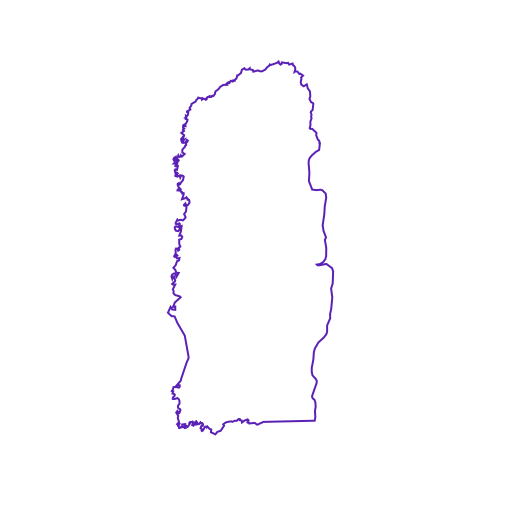 Cémaco, Emberá, Panama, rotated 27°
{"feature_id": "35544464B97787935745550", "entity_name": "Cémaco", "entity_type": "district", "adm_level": 2, "iso_a3": "PAN", "parent_name": "Panama", "parent_adm1": "Emberá", "projection": "equal_earth", "projection_center": [-77.717, 8.422], "detail": "fine", "context": "isolated", "style": "outline", "palette": "violet", "viewbox_px": 512, "rotation_deg": 27, "n_neighbors": 0, "source": "geoboundaries", "source_scale": "gbopen_adm2", "svg_char_len": 6113}
<svg xmlns="http://www.w3.org/2000/svg" viewBox="0 0 512 512"><g transform="rotate(27 256 256)"><path d="M212.8,73.4L212.0,74.2L209.3,72.9L207.3,73.5L206.8,74.4L206.1,71.5L205.2,70.2L203.7,69.3L202.6,69.3L201.2,67.9L198.7,70.4L196.8,69.3L196.0,70.2L191.1,71.8L191.6,73.4L190.9,74.4L189.2,73.8L187.8,72.5L187.2,74.1L184.7,76.8L182.2,79.3L181.4,79.1L181.4,80.4L180.2,82.9L179.7,85.6L177.5,88.8L175.3,89.7L173.6,89.7L169.9,93.0L168.7,91.7L165.5,92.5L165.1,91.7L164.4,93.5L162.0,94.7L160.4,94.0L158.9,96.4L159.5,99.9L157.9,103.4L157.3,103.6L158.0,106.8L157.0,108.8L157.5,109.5L156.3,110.7L156.0,110.4L156.3,110.0L155.7,110.1L155.5,111.3L154.0,111.3L153.6,112.9L153.9,113.8L153.0,114.7L152.3,114.1L151.5,116.0L152.4,116.7L149.2,118.4L147.3,121.5L146.9,124.2L145.2,127.7L145.4,129.4L145.9,129.9L145.4,132.8L144.4,133.0L144.1,134.5L143.5,134.8L143.4,134.3L142.3,135.4L142.0,134.8L140.5,136.6L140.8,139.0L140.4,139.5L139.8,138.9L139.5,139.5L137.7,139.6L136.9,141.1L136.2,139.9L135.6,140.5L132.6,141.1L132.6,142.7L132.0,144.1L132.1,145.8L129.5,149.8L130.1,151.6L129.6,154.2L131.0,155.3L128.9,158.5L129.3,159.1L130.4,158.7L131.2,161.0L130.9,163.1L129.9,162.9L130.6,164.1L130.3,164.8L131.0,164.6L131.2,165.8L132.9,165.5L133.5,166.6L133.4,171.4L134.2,172.3L132.7,172.9L132.4,171.6L131.8,172.6L132.4,174.3L134.2,175.1L133.4,176.0L133.7,176.9L135.1,177.3L133.6,180.2L137.1,181.0L137.7,184.4L137.1,185.3L136.5,184.4L136.2,185.9L137.5,187.4L139.2,185.1L139.0,186.7L138.0,187.5L138.6,188.5L140.0,188.2L141.8,186.8L141.7,184.0L142.8,184.1L142.9,185.3L142.4,187.4L143.4,188.8L142.8,189.8L143.1,190.8L142.1,194.7L143.3,197.2L146.1,197.5L144.8,201.0L143.3,200.4L143.6,201.8L143.1,202.4L141.9,202.4L141.1,201.7L141.5,205.1L143.7,205.8L143.5,207.2L140.5,206.7L139.4,204.2L138.5,205.7L138.5,207.3L141.4,209.3L140.9,210.8L142.0,210.2L142.7,208.4L143.7,209.0L144.0,209.7L143.1,211.5L143.3,212.5L143.9,212.5L144.5,211.2L145.5,211.2L146.5,215.1L144.8,215.4L144.6,216.5L146.7,218.8L147.4,217.6L148.7,217.9L147.5,220.6L147.8,221.3L149.8,221.0L150.0,219.9L151.0,219.9L151.4,219.0L152.9,220.5L152.8,218.2L154.1,217.7L155.5,218.0L156.5,221.5L155.7,225.3L155.8,226.5L155.3,227.1L154.1,226.1L153.5,227.2L153.9,228.2L156.0,229.9L158.1,230.6L156.1,232.3L156.3,233.2L159.2,232.0L160.0,232.9L160.9,232.6L161.9,233.8L162.9,232.8L163.6,233.9L164.3,239.0L166.4,237.0L167.4,235.2L168.5,236.2L169.2,236.0L169.6,236.9L170.9,236.4L172.1,237.8L172.5,238.7L172.3,241.2L171.5,242.1L170.2,242.2L169.2,241.2L168.6,243.2L169.0,243.7L171.5,243.2L173.4,248.0L172.9,251.3L175.6,253.3L175.7,254.4L174.7,257.5L172.6,257.8L170.5,259.7L169.4,259.2L169.4,262.8L169.9,263.8L171.3,263.6L172.8,261.7L173.7,262.1L173.9,265.4L171.1,266.0L170.5,267.2L171.8,269.1L173.2,269.8L175.4,269.2L175.8,267.6L175.3,263.8L176.1,263.0L178.0,268.4L178.4,272.7L180.2,271.6L181.7,272.6L181.8,274.7L180.1,276.3L182.3,280.3L184.3,282.0L183.3,283.7L184.8,285.2L184.2,286.5L183.0,285.3L181.4,285.6L181.4,286.7L183.3,290.2L183.2,293.4L183.7,293.6L183.9,291.7L184.8,290.9L185.8,291.3L185.1,293.1L186.2,293.8L186.8,294.0L188.7,292.5L189.4,294.9L188.0,296.5L188.6,300.5L187.8,304.0L190.6,305.1L192.4,307.0L194.8,306.2L194.6,310.6L192.5,308.5L191.1,308.6L189.8,310.5L189.9,312.5L192.0,314.6L191.8,312.1L192.3,311.4L195.1,314.5L195.3,315.5L194.0,319.0L194.8,319.2L197.0,318.1L197.0,323.4L198.4,324.5L199.5,326.8L201.8,327.5L206.1,326.6L207.6,327.0L204.8,334.2L205.2,339.0L207.0,337.7L208.5,340.6L205.6,341.7L203.0,340.1L203.3,346.5L208.0,347.9L210.9,346.8L216.3,351.3L228.7,359.3L241.9,376.7L242.4,378.3L242.5,381.9L245.1,399.6L245.6,401.2L244.1,407.1L246.7,405.8L247.4,407.1L247.0,408.4L244.7,408.8L242.0,410.3L242.5,412.2L242.4,414.5L243.7,414.2L244.1,416.5L246.0,416.1L246.7,416.6L246.9,417.7L246.2,419.7L246.7,421.1L248.4,420.4L250.4,418.3L252.3,418.7L253.6,419.9L254.9,422.3L254.5,424.8L255.1,426.1L256.1,427.0L257.7,426.9L258.6,427.5L259.0,430.7L257.9,432.0L257.2,430.2L256.3,429.8L256.0,431.7L259.4,433.8L259.7,435.6L262.8,439.0L262.3,440.8L263.2,440.6L263.3,439.8L264.0,440.1L263.6,440.6L263.8,441.2L263.0,441.8L263.9,442.0L263.6,442.7L265.3,443.4L265.4,444.1L266.1,444.0L267.6,440.6L266.8,439.6L269.2,437.9L269.9,439.7L269.4,441.0L270.1,440.5L270.6,441.6L271.4,441.0L270.6,440.2L270.3,438.8L272.7,439.3L273.2,435.8L272.6,435.6L272.3,434.4L272.9,433.7L273.5,433.9L274.6,432.3L275.7,432.6L275.9,435.6L277.3,435.6L277.4,433.0L278.0,432.6L277.4,431.0L277.7,430.4L279.3,431.2L279.1,431.9L278.4,431.8L279.0,433.4L281.5,431.6L282.0,429.4L283.2,430.0L283.8,429.3L285.0,429.8L285.5,430.5L285.6,431.6L284.5,432.0L284.7,434.5L286.1,434.8L286.6,436.1L287.3,436.5L287.9,435.7L288.1,431.2L289.2,430.5L289.9,431.0L290.1,430.0L293.0,431.1L294.9,430.9L295.8,433.5L300.8,433.3L301.4,430.3L303.9,427.7L304.6,421.7L303.2,420.9L304.3,418.6L305.6,417.0L309.0,414.6L310.2,414.5L311.9,412.4L313.7,411.6L314.5,409.1L315.7,408.7L316.2,409.6L317.9,409.1L319.1,410.7L320.5,407.8L322.7,405.4L323.9,405.8L323.7,407.9L324.1,408.3L325.3,407.7L326.0,408.3L330.6,405.3L333.7,405.8L338.0,400.4L383.1,376.1L382.0,372.6L378.8,367.1L377.7,363.4L375.4,359.5L373.4,357.6L371.1,357.1L369.6,355.6L367.7,341.8L366.9,339.8L365.3,338.5L360.5,336.7L358.2,333.8L356.4,330.2L354.2,322.5L351.2,315.3L350.4,311.6L350.9,304.5L353.4,298.0L354.2,293.8L353.8,291.3L350.9,285.6L350.4,277.9L348.3,273.9L347.1,269.2L342.8,258.3L337.7,250.9L336.8,245.6L331.7,234.7L329.3,232.3L322.3,231.1L316.7,235.5L315.0,236.3L314.1,236.0L316.8,234.0L318.7,230.8L319.2,227.2L318.6,224.4L315.0,217.0L310.0,210.3L310.0,207.7L304.9,203.1L301.5,198.5L297.9,187.8L294.7,180.5L292.1,172.2L289.7,168.7L285.2,167.3L283.5,167.6L279.9,169.9L275.9,171.3L269.1,165.2L265.9,157.8L260.5,149.0L259.5,146.4L259.4,143.8L260.2,140.7L262.0,136.1L264.1,132.9L261.8,126.6L261.4,126.8L260.0,124.6L258.4,124.3L254.9,121.2L253.9,118.8L248.4,117.2L246.7,118.1L245.8,117.7L245.2,114.9L243.4,111.5L243.0,108.1L241.8,106.8L241.4,105.0L239.5,103.1L239.4,102.1L240.2,100.3L238.0,94.4L237.1,93.8L235.3,94.0L232.3,91.7L232.0,89.3L229.4,84.9L226.0,83.1L223.3,80.0L221.5,83.1L218.5,82.7L216.8,80.6L216.1,77.6L215.1,76.4L216.0,73.9L212.8,73.4Z" fill="none" stroke="#5b21b6" stroke-width="2"/></g></svg>